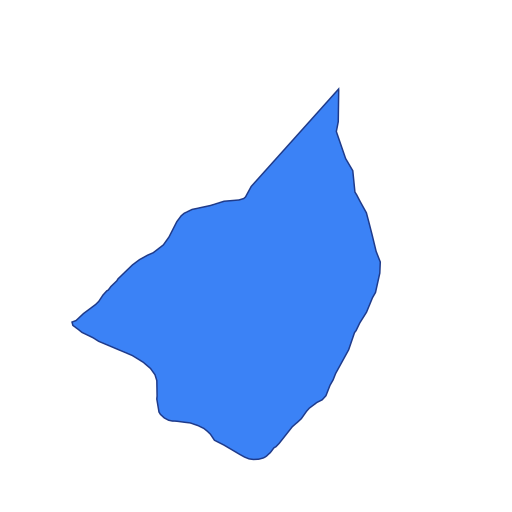 outline of Todos Santos Cuchumatán, Huehuetenango, Guatemala, rotated 119°
{"feature_id": "79465075B37558522420753", "entity_name": "Todos Santos Cuchumatán", "entity_type": "district", "adm_level": 2, "iso_a3": "GTM", "parent_name": "Guatemala", "parent_adm1": "Huehuetenango", "projection": "albers", "projection_center": [-91.561, 15.562], "detail": "fine", "context": "isolated", "style": "filled", "palette": "blue", "viewbox_px": 512, "rotation_deg": 119, "n_neighbors": 0, "source": "geoboundaries", "source_scale": "gbopen_adm2", "svg_char_len": 1428}
<svg xmlns="http://www.w3.org/2000/svg" viewBox="0 0 512 512"><g transform="rotate(119 256 256)"><path d="M437.3,203.0L436.9,192.4L437.4,174.2L437.4,168.5L436.8,163.7L435.2,159.6L432.4,155.1L429.2,151.8L427.8,150.8L425.9,149.8L423.3,149.0L421.1,148.2L415.0,147.3L413.1,146.1L408.6,144.9L387.8,141.5L383.0,139.8L381.5,139.2L376.3,137.5L367.2,136.5L363.2,135.6L354.5,131.7L349.7,128.4L344.3,127.1L333.2,128.6L327.0,128.5L320.2,129.4L293.1,129.5L275.2,132.7L272.8,132.3L264.1,132.8L251.6,132.1L236.0,133.9L230.0,133.8L211.0,139.4L201.0,144.4L193.7,153.2L181.0,164.9L171.9,173.5L164.7,180.4L157.9,191.3L153.7,197.6L152.1,200.5L134.5,212.7L127.3,224.9L108.2,246.1L103.8,247.5L98.6,249.2L71.2,263.9L69.9,264.7L112.4,274.4L197.5,293.9L209.5,293.8L211.7,294.6L215.3,298.1L223.6,310.5L233.9,320.3L246.3,334.5L253.4,339.5L257.0,340.9L264.2,341.9L281.5,341.3L291.2,342.4L303.0,347.5L307.8,351.2L315.6,356.1L323.6,359.7L342.8,365.6L345.2,365.7L353.0,368.1L357.4,368.7L358.8,369.6L364.2,370.9L371.9,371.5L376.0,372.7L390.0,379.0L399.7,382.1L403.0,384.9L405.5,382.5L406.4,375.6L407.2,371.2L406.5,358.8L406.9,352.2L403.0,316.0L403.6,303.2L405.5,293.8L408.8,286.8L413.1,282.3L421.1,277.7L426.3,274.7L429.2,273.4L439.5,265.2L440.9,262.7L442.1,257.7L442.0,252.8L440.9,249.2L439.6,246.7L438.6,244.4L435.7,237.0L433.9,232.7L432.4,224.2L432.1,218.0L432.8,213.9L433.9,209.6L437.3,203.0Z" fill="#3b82f6" stroke="#1e3a8a" stroke-width="1.5"/></g></svg>